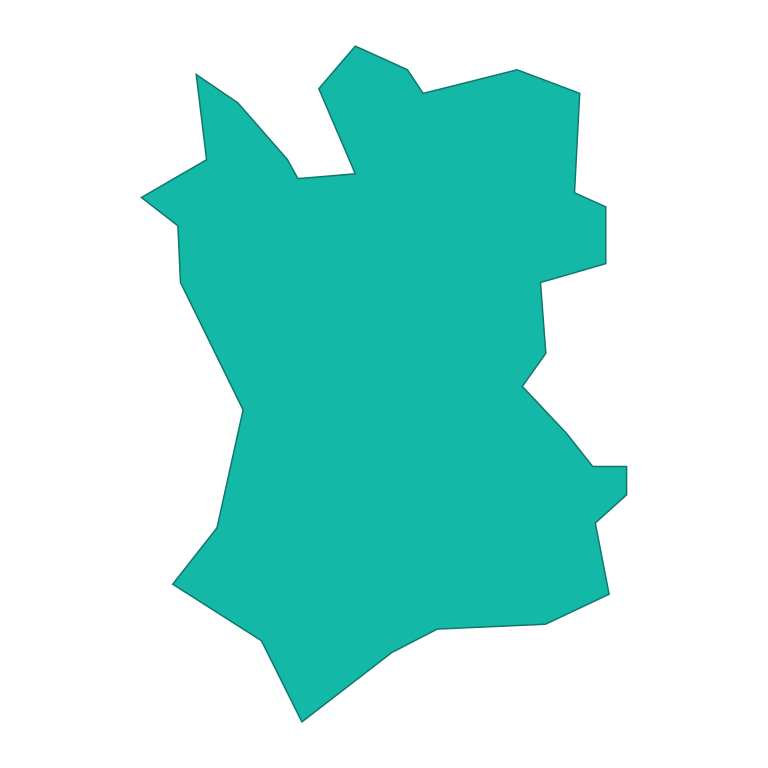 Priekules, Mercator projection
{"feature_id": "LVA-5715", "entity_name": "Priekules", "entity_type": "Municipality", "adm_level": 1, "iso_a3": "LVA", "parent_name": "Latvia", "parent_adm1": "", "projection": "mercator", "projection_center": [21.576, 56.419], "detail": "fine", "context": "isolated", "style": "filled", "palette": "teal", "viewbox_px": 768, "rotation_deg": 0, "n_neighbors": 0, "source": "natural_earth", "source_scale": "10m", "svg_char_len": 557}
<svg xmlns="http://www.w3.org/2000/svg" viewBox="0 0 768 768"><path d="M609.1,594.2L545.5,624.2L437.2,629.1L391.8,652.5L301.9,721.9L261.4,640.7L172.7,584.2L217.0,527.8L243.1,409.9L180.5,282.5L177.9,225.8L141.4,197.5L206.6,159.7L196.2,74.5L237.9,102.9L287.5,159.7L297.9,178.6L355.3,173.8L318.8,88.7L355.3,46.1L407.5,69.8L423.1,93.4L517.1,69.8L579.7,93.4L574.5,192.8L605.8,206.9L605.8,263.6L540.5,282.5L545.8,353.3L522.3,386.4L566.6,433.5L592.7,466.5L626.6,466.5L626.6,494.8L595.3,523.0L609.1,594.2Z" fill="#14b8a6" stroke="#0f766e" stroke-width="1.5"/></svg>